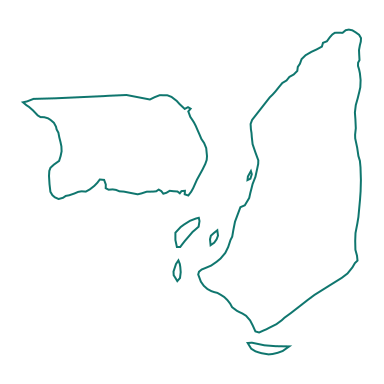 Cajapió, Maranhão, Brazil (Albers equal-area conic projection)
{"feature_id": "56859067B62856742471804", "entity_name": "Cajapió", "entity_type": "district", "adm_level": 2, "iso_a3": "BRA", "parent_name": "Brazil", "parent_adm1": "Maranhão", "projection": "albers", "projection_center": [-44.622, -2.889], "detail": "fine", "context": "isolated", "style": "outline", "palette": "teal", "viewbox_px": 384, "rotation_deg": 0, "n_neighbors": 0, "source": "geoboundaries", "source_scale": "gbopen_adm2", "svg_char_len": 3457}
<svg xmlns="http://www.w3.org/2000/svg" viewBox="0 0 384 384"><path d="M355.6,32.3L352.3,30.3L348.8,29.6L345.7,30.2L342.6,32.8L337.8,32.7L334.8,32.8L332.3,34.5L329.8,37.3L326.9,41.3L323.0,42.8L321.9,46.6L316.5,49.5L311.5,51.8L305.6,55.2L301.6,59.1L299.9,63.8L297.8,66.9L297.3,70.9L293.7,74.5L289.4,76.9L286.5,80.5L282.3,83.0L279.0,87.0L275.4,91.5L272.5,94.7L269.8,97.3L252.1,119.9L250.6,124.0L250.9,129.2L251.5,133.0L251.8,137.1L252.6,144.2L255.4,152.4L258.3,160.3L258.2,163.9L257.3,168.2L255.4,176.9L252.6,184.0L251.5,188.4L250.3,193.0L249.2,198.0L244.8,205.3L240.4,207.2L235.0,221.7L233.3,230.3L232.2,236.7L230.5,240.0L228.2,247.0L225.3,252.9L220.5,258.6L216.6,261.8L211.1,265.6L204.7,268.3L201.7,269.5L199.0,271.7L198.2,274.5L200.9,281.7L203.8,285.8L207.4,289.0L211.3,291.1L214.2,292.1L217.4,292.9L220.9,294.9L224.2,297.0L227.4,300.1L230.2,303.7L232.1,307.2L236.9,310.8L239.4,312.1L242.4,313.5L246.1,315.8L250.1,320.4L252.7,325.4L255.4,331.4L259.1,332.5L263.5,330.5L266.4,329.3L269.0,327.9L272.6,326.1L276.4,324.2L281.7,320.3L284.5,317.7L290.7,313.2L298.8,306.9L307.9,299.8L314.5,294.9L329.8,285.3L341.7,277.9L347.5,273.5L352.4,267.4L354.9,263.1L357.5,260.6L357.0,255.7L355.4,249.8L355.2,240.9L355.5,233.0L357.3,223.7L358.4,217.1L359.1,209.5L360.0,199.9L360.6,191.3L360.9,180.1L360.5,167.4L359.9,160.9L358.4,156.0L357.2,147.8L355.2,138.4L355.1,134.7L355.8,128.2L355.4,119.3L354.9,112.5L355.8,105.0L357.7,98.3L359.3,91.8L360.3,87.3L360.6,80.1L359.9,73.3L359.1,69.5L358.0,65.9L358.1,62.7L359.5,60.1L359.2,54.7L359.0,50.1L359.9,45.1L360.8,41.6L361.0,38.1L359.1,34.8L355.6,32.3ZM23.0,102.3L26.4,105.2L29.0,106.9L33.0,110.4L37.7,115.4L40.5,117.1L44.2,117.2L48.0,118.3L50.5,119.9L53.9,122.8L56.0,126.7L56.6,129.4L58.4,132.7L59.3,137.4L60.5,142.1L61.4,146.4L61.6,151.3L60.6,156.1L59.1,160.9L53.9,164.6L50.5,167.7L49.3,170.9L49.0,175.9L49.5,184.1L50.4,191.8L52.4,195.2L54.8,197.3L58.6,199.0L63.0,197.8L65.8,195.9L69.1,195.3L74.4,193.5L78.1,191.9L81.5,191.3L85.8,191.6L89.8,189.4L94.3,185.9L97.3,182.8L99.8,179.5L104.1,179.9L105.8,184.5L105.7,188.2L108.6,189.7L112.6,189.4L116.0,189.9L119.4,191.3L123.8,191.6L133.0,193.4L137.7,194.3L141.5,193.4L146.7,191.7L153.0,191.6L156.2,191.3L158.7,189.6L161.3,191.1L163.3,193.7L166.4,192.8L169.7,190.8L173.2,191.2L177.5,191.5L179.8,193.3L181.5,191.1L184.9,190.8L184.7,194.3L188.3,195.5L191.2,191.7L193.2,188.1L196.9,179.8L202.6,169.4L205.3,163.9L206.7,159.9L207.0,156.2L206.2,148.1L204.1,143.0L201.4,139.0L199.5,134.5L197.6,130.2L195.8,126.0L194.0,122.5L192.4,120.0L190.3,116.9L188.3,111.4L190.6,108.7L188.0,107.2L184.7,108.9L179.5,104.0L176.7,100.9L171.5,96.9L167.4,95.3L159.7,95.2L154.6,97.2L149.9,99.5L126.5,95.0L108.1,95.8L103.9,96.1L55.4,98.3L33.5,98.9L27.1,101.4L23.0,102.3ZM180.2,247.0L182.3,244.2L184.8,241.0L189.7,235.3L192.6,231.9L195.2,229.7L198.6,226.7L199.5,221.1L198.8,217.8L196.0,218.5L190.0,220.8L184.1,224.5L180.7,227.0L175.4,232.7L175.4,240.0L176.9,247.0L180.2,247.0ZM282.7,351.0L289.2,346.4L275.7,346.2L264.4,345.3L251.9,342.7L247.7,343.0L251.2,348.7L255.4,351.3L258.4,352.3L261.5,353.2L268.6,354.4L272.6,354.0L277.7,352.8L282.7,351.0ZM180.0,278.0L180.7,272.2L180.3,267.1L179.8,264.0L178.4,260.4L176.0,264.0L173.5,271.6L173.7,275.3L175.2,277.6L177.3,281.1L180.0,278.0ZM214.2,242.7L216.6,239.3L218.0,235.6L217.3,230.3L213.9,233.0L210.9,235.7L210.0,239.3L210.6,245.2L214.2,242.7ZM250.4,178.7L251.8,174.2L250.9,171.1L247.9,176.5L247.5,180.1L250.4,178.7Z" fill="none" stroke="#0f766e" stroke-width="2"/></svg>